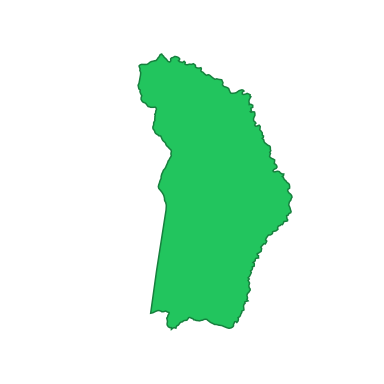 Santa Maria da Vitória, Bahia, Brazil, rotated 235°
{"feature_id": "56859067B38295503968792", "entity_name": "Santa Maria da Vitória", "entity_type": "district", "adm_level": 2, "iso_a3": "BRA", "parent_name": "Brazil", "parent_adm1": "Bahia", "projection": "robinson", "projection_center": [-44.363, -13.186], "detail": "fine", "context": "isolated", "style": "filled", "palette": "green", "viewbox_px": 384, "rotation_deg": 235, "n_neighbors": 0, "source": "geoboundaries", "source_scale": "gbopen_adm2", "svg_char_len": 5734}
<svg xmlns="http://www.w3.org/2000/svg" viewBox="0 0 384 384"><g transform="rotate(235 192 192)"><path d="M116.4,88.6L115.5,90.8L115.3,92.3L115.1,93.6L114.8,94.9L114.4,96.2L113.4,97.4L112.3,98.2L111.2,98.6L110.2,100.2L109.6,102.2L108.4,102.7L107.4,103.3L106.4,104.1L105.5,103.3L105.1,102.2L104.4,101.1L103.5,100.1L103.2,99.0L101.1,98.2L99.7,97.4L98.7,96.3L97.4,95.4L95.2,95.3L93.7,96.0L92.8,97.2L91.3,96.3L91.5,98.6L90.9,99.8L89.7,100.7L90.6,101.8L91.1,103.0L90.8,104.3L91.2,105.7L91.7,106.9L91.7,108.6L91.1,109.8L91.4,111.3L90.7,112.8L89.9,114.2L90.3,115.6L91.0,117.1L90.5,118.3L89.0,119.1L87.6,120.1L86.3,120.1L85.5,121.1L84.4,121.7L83.3,123.0L82.1,124.3L81.5,126.1L80.9,127.3L80.8,128.6L80.1,130.0L79.1,131.1L77.9,131.3L76.4,131.8L75.0,132.2L73.9,132.7L72.4,133.6L70.6,134.5L69.3,136.2L67.6,137.5L66.5,138.7L65.4,139.9L63.8,140.8L62.3,141.8L60.6,142.9L59.1,144.2L58.3,146.0L58.1,147.8L58.5,149.2L59.9,150.2L60.5,151.4L61.2,152.5L60.6,153.7L59.4,153.9L59.9,155.7L61.3,157.2L62.7,157.7L62.5,159.3L62.9,160.6L63.9,161.8L64.7,163.6L65.8,164.4L65.6,166.9L67.4,167.9L68.9,168.7L70.2,170.1L70.3,171.5L71.6,172.1L71.4,173.4L70.7,175.5L72.5,175.3L73.3,176.7L74.9,177.3L76.1,177.8L77.0,179.3L77.3,181.1L77.8,182.1L78.2,183.3L79.2,184.0L80.9,184.0L82.8,184.9L83.5,185.9L84.4,186.9L86.1,187.1L87.4,187.2L87.9,189.0L89.5,188.7L90.0,190.8L91.0,192.7L92.0,194.4L93.8,194.7L93.9,196.6L94.6,197.6L96.1,198.5L95.5,200.2L96.5,201.2L98.0,202.1L99.2,201.5L99.4,202.8L99.4,204.3L100.6,205.2L101.0,206.3L100.4,207.5L99.8,208.7L100.7,209.2L101.7,210.0L103.0,209.4L104.1,210.1L103.8,211.4L103.8,212.7L103.7,214.5L104.7,215.6L105.9,216.7L107.4,216.7L107.8,218.5L108.1,219.7L108.4,221.3L107.4,222.2L108.0,223.6L108.9,225.1L110.5,224.8L111.6,226.2L112.2,227.9L112.9,229.8L111.8,231.8L111.8,234.0L113.1,235.1L112.9,236.4L112.0,238.4L112.1,240.9L113.7,241.7L114.6,243.2L114.0,244.8L114.2,246.5L113.4,247.4L114.1,248.8L115.1,250.5L114.0,252.4L113.6,253.7L114.5,254.5L115.7,254.4L117.2,255.3L118.4,256.0L117.9,257.6L118.8,259.0L118.4,261.0L119.2,262.0L120.7,262.4L121.8,262.8L122.9,263.2L124.3,263.5L125.8,263.7L127.1,265.0L128.1,266.2L128.6,268.2L129.8,269.7L130.4,271.0L132.1,271.6L133.8,271.5L135.2,271.0L136.6,270.9L138.1,271.0L139.2,272.2L139.1,274.1L140.4,275.1L142.3,276.0L143.6,276.0L145.2,275.3L147.4,275.3L149.1,274.8L150.3,274.9L151.5,275.2L152.9,274.9L152.9,276.3L154.1,277.5L155.3,276.0L157.1,275.3L158.6,275.2L159.9,274.1L160.4,273.0L160.9,271.4L161.8,270.5L162.9,270.4L163.5,272.1L163.3,273.4L163.1,274.6L163.7,276.0L165.3,276.5L166.8,276.3L168.1,275.7L169.3,276.8L170.8,278.1L172.3,277.5L173.7,276.6L175.2,276.0L176.6,275.9L177.7,277.1L178.6,278.4L179.9,278.4L180.6,280.2L182.2,280.7L183.1,281.5L184.6,282.1L185.7,281.7L187.0,280.9L189.2,280.3L190.5,279.9L192.1,279.9L193.4,280.7L195.7,280.3L195.8,281.7L196.8,282.7L198.2,282.2L200.2,283.5L202.4,283.5L204.2,283.2L205.3,284.4L206.6,285.5L208.3,285.3L208.7,282.9L209.5,281.8L210.6,281.7L211.5,282.5L211.7,283.8L212.9,283.9L214.2,283.4L215.5,283.6L216.8,284.5L217.6,285.6L218.7,287.5L220.2,288.5L221.7,289.1L222.9,287.7L223.4,286.1L224.4,285.8L224.6,287.3L226.9,288.3L226.5,290.3L228.2,291.5L230.2,290.5L230.8,289.0L231.9,289.8L233.6,290.6L234.7,291.7L235.5,293.1L236.3,294.9L237.4,294.5L238.3,295.4L239.9,294.5L241.2,293.7L241.5,291.9L242.4,290.0L243.6,289.4L245.0,290.6L244.9,292.5L246.3,292.2L247.1,291.4L247.6,290.0L248.0,288.7L248.0,287.3L248.0,285.2L248.5,283.8L249.4,282.1L250.5,280.6L251.9,280.5L253.9,280.9L255.8,281.4L257.2,280.8L258.6,279.9L259.6,279.0L260.6,278.5L262.3,278.4L263.8,280.1L265.1,280.3L266.9,280.7L268.1,279.4L269.1,278.3L270.5,277.2L271.2,275.4L272.6,274.9L273.9,274.4L275.1,274.1L276.6,273.7L277.7,273.4L278.8,272.5L279.3,270.7L280.9,270.2L282.3,269.9L283.9,269.6L285.2,268.8L286.3,268.8L287.5,270.3L288.7,270.6L289.4,268.9L290.5,267.5L292.3,266.5L293.9,267.5L295.0,267.2L296.3,266.7L296.8,264.8L298.2,263.2L298.9,261.2L299.9,260.0L301.0,259.6L302.0,260.8L303.6,260.5L303.6,258.4L304.7,257.6L305.7,256.6L307.3,256.2L307.4,257.6L308.5,258.4L310.4,257.8L311.8,256.8L312.9,255.7L313.1,253.5L313.6,252.1L313.3,250.8L311.6,249.9L311.2,248.2L312.9,247.2L314.8,247.2L316.5,247.0L318.1,246.5L319.6,246.6L321.2,246.2L322.4,246.3L322.8,244.8L322.0,243.3L321.5,242.2L321.3,241.0L320.7,239.7L320.3,238.0L321.0,236.5L321.5,235.1L322.2,233.5L322.4,231.8L322.2,230.0L322.3,228.4L323.5,226.6L324.6,225.1L325.4,224.0L325.9,222.6L325.6,220.9L324.4,220.5L322.5,220.1L321.7,219.1L320.5,218.8L319.3,218.5L317.8,217.3L316.8,216.4L311.4,210.9L310.4,209.1L308.4,208.2L306.9,207.6L305.2,208.1L304.0,206.9L302.6,206.5L301.5,206.3L299.7,206.1L298.3,204.3L297.0,203.4L295.2,203.2L293.4,203.5L292.5,204.3L291.2,204.9L289.6,205.0L288.3,205.0L287.1,205.1L286.3,205.9L285.0,206.8L283.4,209.1L282.7,210.5L281.6,210.8L280.1,210.3L279.1,208.7L277.6,207.5L277.0,206.0L275.8,205.8L274.9,204.7L273.9,204.1L273.0,203.2L271.9,202.7L271.4,201.5L270.7,200.3L269.0,199.1L267.7,197.2L266.1,196.3L264.4,196.4L263.3,196.3L262.2,195.9L260.9,195.8L259.5,196.3L258.2,196.9L257.0,197.1L255.9,198.5L253.8,198.1L251.9,197.7L250.5,197.7L249.3,198.0L248.1,198.3L247.0,198.3L245.6,197.8L244.2,197.8L243.0,198.1L241.9,198.3L240.5,198.4L238.8,198.9L237.2,198.5L236.1,197.3L235.2,196.5L233.6,195.9L233.0,194.8L232.3,193.1L231.4,191.5L231.1,190.3L230.1,189.0L229.3,187.8L228.4,186.2L227.5,184.9L226.7,183.2L226.2,181.0L225.2,179.6L224.1,177.6L223.2,176.5L222.2,175.4L220.9,174.6L220.3,173.5L219.3,171.9L218.1,170.5L217.0,168.9L215.7,167.5L214.2,166.9L212.6,166.9L211.3,167.2L210.2,167.1L208.7,167.3L207.7,167.1L206.4,167.1L204.8,166.7L202.7,165.9L201.2,164.9L199.7,164.5L198.5,164.5L197.5,164.0L196.3,163.6L195.0,162.7L192.1,160.4L186.6,155.1L147.9,117.9L116.4,88.6Z" fill="#22c55e" stroke="#15803d" stroke-width="1.5"/></g></svg>